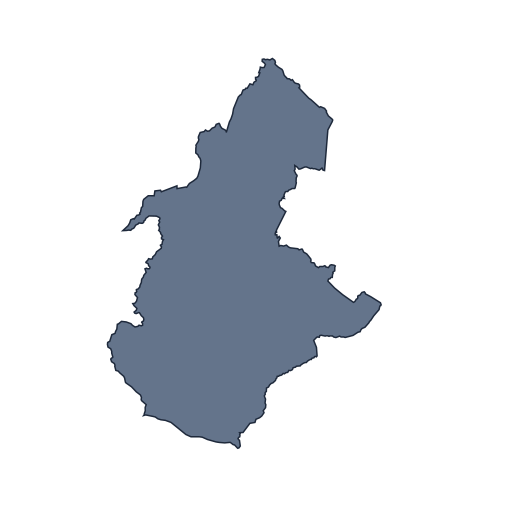 Acteopan, Puebla, Mexico (Mercator projection), rotated 199°
{"feature_id": "50627088B24925677971158", "entity_name": "Acteopan", "entity_type": "district", "adm_level": 2, "iso_a3": "MEX", "parent_name": "Mexico", "parent_adm1": "Puebla", "projection": "mercator", "projection_center": [-98.68, 18.751], "detail": "fine", "context": "isolated", "style": "filled", "palette": "slate", "viewbox_px": 512, "rotation_deg": 199, "n_neighbors": 0, "source": "geoboundaries", "source_scale": "gbopen_adm2", "svg_char_len": 6121}
<svg xmlns="http://www.w3.org/2000/svg" viewBox="0 0 512 512"><g transform="rotate(199 256 256)"><path d="M353.0,163.3L352.1,162.5L350.6,162.5L348.4,164.4L347.7,164.4L345.0,162.2L342.4,161.1L341.4,159.5L341.3,157.8L342.4,156.7L342.5,156.1L341.3,155.3L340.7,153.6L341.6,152.7L344.1,152.5L344.8,151.0L347.3,149.5L350.2,150.2L352.2,151.3L357.2,151.4L361.9,150.4L363.9,147.1L364.9,146.3L363.8,141.6L364.2,139.0L364.1,136.9L366.7,134.7L366.5,127.8L368.1,126.0L367.7,124.1L366.3,121.7L363.2,121.0L361.4,118.9L360.8,117.2L358.5,113.9L358.5,113.4L359.7,111.9L359.7,111.1L358.1,109.0L354.9,108.2L353.8,106.8L353.6,105.7L351.3,102.2L348.7,102.3L346.9,101.2L341.9,99.2L340.5,97.8L338.4,94.2L337.7,93.7L331.1,91.8L325.0,88.6L320.1,87.0L318.3,85.1L317.8,82.8L317.1,82.0L311.4,79.7L311.5,76.8L310.3,73.5L310.3,70.6L310.0,69.8L310.3,68.6L308.6,69.8L301.1,70.8L298.7,71.0L295.8,70.1L292.6,70.2L288.2,71.1L282.2,71.0L264.2,64.4L258.7,63.9L250.8,66.6L247.8,67.2L242.1,66.7L233.3,67.2L229.9,67.8L224.8,69.1L219.7,71.4L216.1,70.2L214.8,70.4L210.3,68.0L210.5,68.3L209.6,69.1L209.0,71.2L211.6,76.3L213.2,77.1L213.6,77.6L213.3,78.9L212.5,79.7L212.8,81.3L213.3,81.8L213.1,82.8L214.0,83.6L210.8,84.9L207.3,95.8L202.8,98.3L202.9,101.6L200.0,104.2L198.5,106.5L197.4,110.4L198.8,112.1L197.6,115.7L198.3,118.6L199.6,120.0L200.4,123.8L202.1,125.7L202.6,126.7L202.2,128.3L202.8,129.4L202.8,130.2L202.1,131.2L203.1,134.6L201.5,136.2L201.2,138.3L200.2,140.4L198.7,141.6L197.1,144.6L197.1,146.6L196.6,147.6L196.8,149.1L195.4,149.7L194.9,150.7L193.7,151.2L192.8,152.1L192.1,153.8L190.7,153.9L189.9,155.3L188.1,156.3L187.7,158.5L186.0,158.9L184.6,160.4L184.5,162.5L182.4,163.8L182.0,164.9L178.4,166.5L178.2,167.4L176.5,169.8L175.1,171.1L173.7,171.7L173.1,173.3L172.1,174.7L170.7,176.1L170.0,176.2L169.8,177.6L168.1,178.6L167.9,179.9L167.1,180.4L166.1,180.3L165.7,181.4L169.1,189.3L174.0,195.0L172.3,198.6L171.7,199.4L169.7,199.8L169.8,201.5L168.6,202.3L164.5,202.8L163.9,203.3L162.2,203.9L160.8,203.8L160.1,204.5L157.6,205.3L156.2,204.7L153.9,204.9L150.8,207.5L149.2,207.1L146.7,208.0L145.2,208.0L138.4,212.5L134.8,217.1L132.9,218.3L132.8,220.4L132.1,222.0L129.8,224.1L127.5,229.7L127.4,231.0L126.6,232.4L125.2,237.8L122.2,245.3L122.6,249.0L121.9,249.7L121.8,250.6L123.1,252.3L134.3,254.9L140.1,255.8L140.9,256.8L142.0,257.4L144.0,256.0L145.1,252.6L146.4,251.9L146.7,251.1L146.1,249.5L146.3,248.6L147.1,247.8L147.7,245.1L148.7,243.9L161.4,247.6L171.3,251.3L179.9,255.7L179.9,257.8L178.6,258.6L178.3,260.0L176.9,260.6L177.6,263.3L177.5,264.9L178.0,265.3L177.8,266.2L176.7,267.6L177.8,270.9L177.8,272.4L179.1,272.7L181.8,272.3L182.9,271.5L183.8,268.6L186.4,268.4L186.9,269.0L187.8,269.2L189.4,267.8L192.2,266.9L193.2,265.3L196.5,266.0L197.9,267.7L198.9,268.4L201.6,267.8L202.6,268.8L202.6,270.0L203.3,271.1L208.7,274.5L212.2,275.2L214.4,277.5L215.0,277.5L217.3,275.8L218.8,276.5L226.2,274.9L228.2,275.1L230.8,276.2L233.1,274.4L236.0,274.0L237.3,272.8L239.5,277.0L238.9,280.9L240.5,282.0L241.4,280.0L241.8,280.0L243.2,282.9L244.6,282.3L245.2,283.5L245.2,284.5L244.9,284.2L244.7,285.1L244.3,285.2L245.1,287.0L242.3,307.9L243.6,308.0L246.8,309.5L248.6,309.7L250.5,311.8L251.2,313.0L251.6,315.5L250.3,316.9L250.0,319.1L248.2,319.6L249.5,320.2L249.3,321.2L248.6,321.4L249.4,322.7L249.2,326.0L248.7,326.7L247.0,327.3L246.4,329.0L244.8,330.3L244.1,331.4L241.4,332.4L241.2,333.1L241.7,338.4L242.3,339.2L243.4,343.0L243.2,344.9L243.5,345.7L244.8,346.4L247.6,349.1L247.3,350.8L248.8,354.2L246.4,353.6L243.7,352.1L242.2,352.9L239.0,355.9L237.5,356.6L232.8,356.4L231.8,357.2L230.3,357.1L228.8,357.7L224.2,357.7L222.3,360.3L222.5,361.1L220.6,359.0L219.0,359.1L229.1,398.6L227.7,407.7L227.7,409.4L228.1,410.0L233.2,412.0L236.4,415.0L236.5,416.0L239.2,417.9L243.5,418.2L244.4,417.2L255.0,421.7L257.5,422.4L265.2,426.4L270.2,429.0L269.6,429.9L270.5,431.8L271.8,432.5L275.0,432.2L276.3,432.6L279.0,434.6L280.0,433.6L282.0,434.4L284.3,433.8L285.3,434.7L286.4,435.0L288.4,436.3L290.9,439.8L292.2,440.9L296.3,441.8L299.7,443.2L300.7,443.9L300.6,445.3L301.9,447.1L304.8,448.1L306.7,445.9L309.2,445.7L311.0,444.7L312.6,444.9L314.1,444.0L313.6,442.1L310.8,441.1L309.4,440.0L309.7,436.9L311.6,436.1L313.4,436.0L313.0,433.9L313.1,430.2L312.0,430.4L312.1,426.6L313.3,425.3L314.6,424.7L313.9,422.9L313.0,422.5L312.9,421.7L314.5,419.6L314.7,416.9L317.8,416.8L318.9,411.7L320.2,411.4L320.5,410.1L322.3,408.7L322.5,403.8L323.3,403.2L324.5,400.6L325.2,388.0L324.3,382.5L324.3,377.6L324.8,374.1L324.3,363.1L324.7,364.2L326.1,365.1L329.7,365.6L332.0,367.2L333.2,368.8L334.2,369.4L336.5,367.5L336.7,365.1L337.1,364.3L339.1,362.6L340.7,359.2L342.4,358.2L344.8,358.7L345.5,356.8L349.0,354.6L349.3,350.1L348.9,348.7L348.0,347.6L347.8,345.9L348.9,341.2L348.2,340.0L348.0,338.5L346.5,333.8L343.9,332.8L342.3,331.1L340.6,330.1L339.1,327.9L337.3,321.1L336.9,312.6L337.3,310.3L339.4,306.9L342.6,302.9L343.9,298.4L344.8,298.4L352.6,294.0L353.6,296.6L366.4,285.9L367.7,287.1L372.8,284.6L371.9,279.8L377.5,277.9L380.6,273.0L380.7,271.0L379.3,266.0L380.1,264.4L379.5,259.9L380.0,258.7L379.3,257.9L380.2,256.6L381.9,255.7L383.2,251.2L384.1,251.4L386.2,249.5L386.2,246.0L386.8,243.0L390.2,236.6L386.5,238.1L385.0,239.0L382.8,239.5L382.1,241.1L380.8,242.3L380.4,243.1L379.8,246.0L377.7,248.2L377.5,249.1L374.4,249.8L373.7,250.3L373.2,251.4L373.3,252.8L372.4,254.1L372.5,255.6L370.1,259.1L363.1,261.3L359.6,260.9L358.9,259.9L359.4,257.7L358.1,256.8L358.5,253.6L356.6,251.8L356.5,250.8L356.0,250.0L356.4,248.6L353.9,247.2L353.4,246.1L350.9,244.4L351.4,242.7L350.9,241.4L348.8,241.3L349.2,239.6L348.7,236.4L349.9,235.2L349.8,234.8L348.4,234.0L348.1,232.4L351.4,227.6L351.7,224.6L353.3,221.5L353.1,219.6L354.7,218.7L356.7,218.5L356.9,217.0L358.1,214.3L357.9,213.9L355.5,213.6L354.3,211.8L353.0,211.3L352.5,210.7L352.5,209.8L352.8,209.2L354.1,208.7L355.6,208.8L356.8,207.7L354.5,204.7L355.8,201.3L355.7,199.0L356.4,197.5L356.4,196.0L355.8,193.7L356.1,190.6L355.8,188.7L356.9,186.2L357.7,185.8L358.2,185.0L357.2,183.7L357.4,182.6L358.3,181.9L357.9,180.1L354.5,178.1L354.3,174.2L355.3,171.7L357.0,170.9L355.1,169.3L351.6,167.7L351.5,165.7L353.0,163.3Z" fill="#64748b" stroke="#1e293b" stroke-width="1.5"/></g></svg>